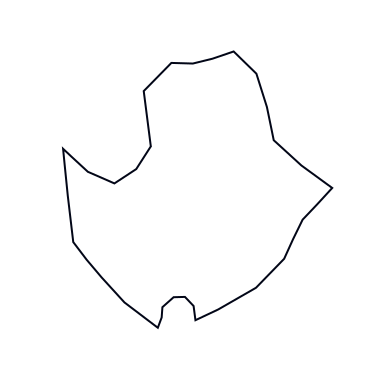 map outline of Şuşa (Natural Earth projection), rotated 141°
{"feature_id": "AZE-1737", "entity_name": "Şuşa", "entity_type": "District", "adm_level": 1, "iso_a3": "AZE", "parent_name": "Azerbaijan", "parent_adm1": "", "projection": "natural_earth1", "projection_center": [46.665, 39.686], "detail": "fine", "context": "isolated", "style": "outline", "palette": "ink", "viewbox_px": 384, "rotation_deg": 141, "n_neighbors": 0, "source": "natural_earth", "source_scale": "10m", "svg_char_len": 655}
<svg xmlns="http://www.w3.org/2000/svg" viewBox="0 0 384 384"><g transform="rotate(141 192 192)"><path d="M202.5,77.3L245.5,84.2L270.0,90.2L262.5,102.4L263.5,114.9L272.5,121.8L287.5,121.1L294.5,113.6L304.0,108.0L314.0,148.7L316.0,182.5L316.5,205.7L315.8,227.8L290.8,267.4L273.5,293.8L269.8,299.4L265.0,306.7L263.5,295.8L260.2,273.2L246.9,247.5L220.9,244.9L195.2,253.4L195.1,253.7L172.8,289.8L166.0,300.8L126.8,305.3L110.5,291.3L92.2,282.7L71.2,275.0L67.5,243.4L80.3,210.9L90.8,190.6L95.9,180.8L93.8,167.0L90.3,143.8L80.5,106.9L102.0,103.7L106.5,103.1L123.4,100.9L143.2,91.7L162.4,82.1L202.5,77.3Z" fill="none" stroke="#020617" stroke-width="2"/></g></svg>